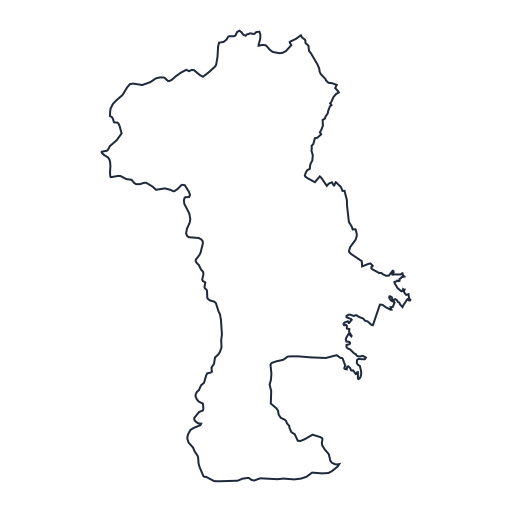 the district of Phu Ninh, Quàng Nam, Vietnam
{"feature_id": "81297802B11022979046189", "entity_name": "Phu Ninh", "entity_type": "district", "adm_level": 2, "iso_a3": "VNM", "parent_name": "Vietnam", "parent_adm1": "Quàng Nam", "projection": "natural_earth1", "projection_center": [108.436, 15.511], "detail": "fine", "context": "isolated", "style": "outline", "palette": "slate", "viewbox_px": 512, "rotation_deg": 0, "n_neighbors": 0, "source": "geoboundaries", "source_scale": "gbopen_adm2", "svg_char_len": 6043}
<svg xmlns="http://www.w3.org/2000/svg" viewBox="0 0 512 512"><path d="M339.2,464.1L337.2,464.5L334.8,464.2L331.7,462.6L330.4,460.9L328.8,454.2L324.7,449.4L322.2,445.3L321.8,443.2L322.5,439.0L321.9,438.0L320.3,437.1L312.6,434.7L304.5,439.3L300.4,441.0L297.8,440.8L294.7,434.2L291.4,432.2L289.4,427.6L289.3,426.0L286.9,423.2L286.0,420.8L284.7,419.7L280.8,417.8L278.6,414.6L278.1,410.9L276.5,408.4L270.8,403.6L271.2,391.0L269.6,384.6L270.9,380.0L271.4,373.8L270.5,364.8L271.1,363.5L272.1,362.8L276.1,361.4L283.2,359.8L287.6,356.7L289.2,356.4L297.5,356.3L311.1,357.4L325.7,358.0L336.6,355.2L340.3,357.8L342.1,358.1L342.7,358.7L344.9,364.7L345.0,366.1L344.3,368.2L344.6,368.8L346.7,369.4L347.3,366.5L348.3,366.3L350.2,368.2L351.1,370.4L351.8,370.6L353.0,370.3L355.8,374.1L356.6,373.8L357.2,372.2L357.9,372.2L357.9,378.3L358.3,379.0L359.4,378.6L360.3,377.4L361.2,374.4L361.1,371.3L359.9,366.0L357.9,364.8L356.8,363.0L357.0,360.2L357.5,359.4L358.5,359.0L364.3,359.3L365.1,358.9L365.9,357.5L362.9,355.9L359.4,356.5L357.6,356.2L356.5,355.4L355.9,354.3L354.0,353.3L350.2,349.5L347.5,348.3L346.7,347.3L346.4,346.1L346.6,344.9L349.5,344.2L350.1,343.1L349.7,342.2L349.0,341.8L346.5,341.6L345.8,339.7L346.1,338.0L348.4,334.1L349.3,334.2L351.3,336.4L351.6,335.9L349.1,331.9L349.3,329.0L346.9,328.6L346.8,325.7L346.5,325.2L345.3,324.9L344.2,325.3L343.5,324.3L343.8,323.4L344.7,322.5L347.9,321.3L348.4,321.6L348.7,323.0L349.1,323.0L351.7,319.8L351.2,319.1L346.5,317.2L346.5,315.9L348.7,314.7L350.0,314.6L353.9,316.0L355.5,315.2L356.5,315.3L359.0,316.9L363.1,318.5L364.9,320.6L367.7,321.5L371.5,324.9L372.9,325.2L379.9,304.6L382.5,304.8L385.6,307.1L390.5,309.7L391.5,309.6L390.5,307.2L392.8,306.9L394.6,302.5L394.0,301.7L392.2,301.3L390.6,300.1L389.2,297.7L389.4,296.4L390.2,296.3L391.7,297.2L392.6,299.5L393.1,300.0L393.9,300.0L395.2,299.1L396.9,300.2L398.0,302.0L399.3,302.6L400.2,304.6L402.5,307.1L403.4,305.1L407.4,299.2L409.1,300.5L410.0,300.5L410.4,299.9L409.1,298.5L408.5,294.2L406.3,294.9L404.8,293.4L403.9,291.5L404.5,289.7L403.9,289.8L403.1,289.1L402.5,291.1L401.6,291.3L401.0,291.0L397.5,288.0L394.5,283.0L394.5,281.9L396.8,281.3L397.2,280.6L398.7,281.1L399.5,280.9L399.5,279.0L400.9,278.2L401.5,277.2L404.3,276.6L402.7,274.9L402.6,273.4L402.2,273.2L401.0,274.3L399.9,274.5L394.4,274.4L392.8,274.7L392.2,274.4L392.2,273.9L393.7,272.2L393.4,270.9L392.7,270.7L388.9,275.6L386.2,275.8L383.1,274.4L381.4,273.0L379.1,273.0L372.0,269.1L371.5,268.5L371.3,267.1L372.5,266.4L372.7,265.7L370.5,263.5L368.4,263.9L362.1,266.4L361.8,261.2L351.1,254.0L349.1,251.9L349.1,250.3L350.3,246.9L355.6,239.7L356.7,236.3L356.8,234.2L355.6,229.5L355.1,229.2L352.7,229.5L351.9,227.0L348.9,221.9L347.1,206.2L346.9,200.2L344.5,190.8L342.5,190.9L340.9,187.0L336.0,182.3L335.7,182.2L334.2,185.5L333.7,185.4L331.9,182.3L328.7,183.7L326.8,185.9L321.3,177.8L319.8,176.4L314.9,182.2L308.1,178.5L305.4,176.7L304.8,175.7L305.7,172.8L307.3,170.1L309.8,168.9L310.0,166.0L310.7,163.4L312.3,160.6L312.8,155.3L311.5,150.7L311.8,148.3L311.6,145.8L313.3,144.1L314.9,138.3L317.4,137.7L321.2,134.3L319.9,132.3L321.7,129.0L322.9,125.5L322.6,120.0L325.0,118.5L325.5,116.6L327.7,113.4L328.2,110.9L329.9,106.4L331.5,105.1L330.1,103.3L331.2,102.2L333.5,97.0L336.3,93.8L338.8,92.5L338.2,91.4L335.2,88.1L336.7,84.9L331.7,83.1L328.5,82.8L326.0,80.5L325.6,79.2L320.7,74.0L319.6,71.5L319.2,68.5L317.6,64.7L310.9,53.2L309.1,51.1L308.4,45.7L305.5,43.0L305.3,40.3L304.8,39.5L302.1,37.6L300.9,35.3L295.9,38.9L289.8,41.8L289.8,42.6L291.3,45.1L285.9,51.1L282.3,52.9L279.7,53.2L273.3,52.1L272.1,51.5L269.9,49.9L266.3,45.7L265.3,45.2L262.2,44.9L258.6,45.8L258.6,44.7L260.3,38.5L260.3,34.4L259.4,31.7L256.2,32.1L254.8,33.6L253.7,34.0L250.1,33.3L248.1,34.2L246.9,34.3L245.7,35.7L243.6,35.0L241.3,32.1L239.4,30.7L237.2,31.9L235.4,35.6L233.4,36.3L229.3,36.2L228.1,36.9L226.5,39.6L223.6,41.9L219.0,42.7L218.1,46.5L217.5,56.8L216.1,65.0L214.8,66.8L209.1,72.0L203.0,76.7L200.2,75.3L194.0,70.2L191.7,69.9L189.0,71.2L186.3,69.8L180.8,72.7L176.3,75.9L171.5,80.0L169.1,81.1L167.9,80.9L164.8,78.0L163.8,77.5L160.0,77.4L155.8,78.4L150.4,82.1L142.3,85.0L133.1,83.6L130.0,84.1L127.2,87.3L122.5,95.0L116.5,100.2L112.8,104.1L110.6,108.6L110.1,111.9L110.0,116.1L111.8,117.0L112.8,118.6L114.0,122.3L117.6,122.7L118.6,123.8L119.7,126.4L121.6,133.4L116.8,140.1L109.8,146.2L107.8,150.0L106.7,150.8L102.0,151.6L101.6,152.0L102.0,153.0L103.8,154.8L108.1,157.5L109.5,159.8L110.1,162.0L110.4,166.2L110.0,172.7L110.3,176.5L110.8,177.1L111.4,177.1L118.3,175.9L120.7,176.1L126.3,179.1L131.6,179.8L134.2,183.0L136.2,184.2L140.2,184.1L144.1,182.8L146.2,182.8L152.6,186.6L156.1,189.8L164.8,188.4L170.3,189.8L173.5,191.3L174.5,191.1L177.8,188.8L181.3,185.2L182.1,184.8L184.8,185.2L188.8,191.6L190.0,194.8L189.1,197.0L185.1,197.3L184.5,198.0L183.9,200.4L184.3,203.8L189.3,213.5L190.3,219.4L189.5,223.2L186.9,228.8L186.1,233.5L187.1,235.9L188.8,237.2L198.7,238.0L201.5,239.6L202.7,241.3L202.9,243.4L200.5,252.9L199.3,255.2L195.8,259.6L195.7,261.4L196.9,263.2L198.9,265.1L200.9,269.3L203.2,272.1L203.4,274.2L202.2,279.6L202.8,281.0L205.3,282.4L204.5,287.1L204.8,288.1L206.7,290.0L207.0,291.0L207.3,297.8L207.7,298.7L209.8,300.4L214.2,301.6L215.9,303.1L218.5,311.3L220.0,314.4L221.0,320.2L221.9,334.1L221.2,340.3L221.5,347.3L221.2,348.5L219.7,352.3L218.3,354.4L215.0,357.5L214.0,363.8L211.5,367.5L211.9,371.7L210.6,372.6L207.1,373.4L206.3,375.1L204.0,382.8L201.0,385.4L199.0,390.0L196.8,392.1L195.7,394.3L195.5,396.3L196.9,399.5L198.8,401.6L202.9,403.6L203.4,408.8L202.8,410.5L199.1,412.0L194.3,417.8L194.2,419.2L194.7,420.4L196.4,422.2L198.5,423.4L201.1,423.7L200.3,425.2L193.5,428.0L190.4,430.0L188.1,434.2L187.3,437.6L187.5,439.4L188.6,442.6L193.0,447.5L194.7,451.5L197.6,455.8L198.1,457.6L198.6,463.7L199.7,467.4L203.5,476.3L204.5,476.9L206.2,476.9L214.1,481.1L218.4,481.3L237.7,480.7L242.4,478.7L247.9,477.9L248.8,478.0L251.5,479.9L254.2,480.5L260.3,478.3L277.1,479.2L283.6,478.6L294.2,479.4L301.0,478.6L306.4,476.8L312.1,472.6L322.3,473.4L328.4,473.0L331.7,471.3L337.6,466.6L339.2,464.1Z" fill="none" stroke="#1e293b" stroke-width="2"/></svg>